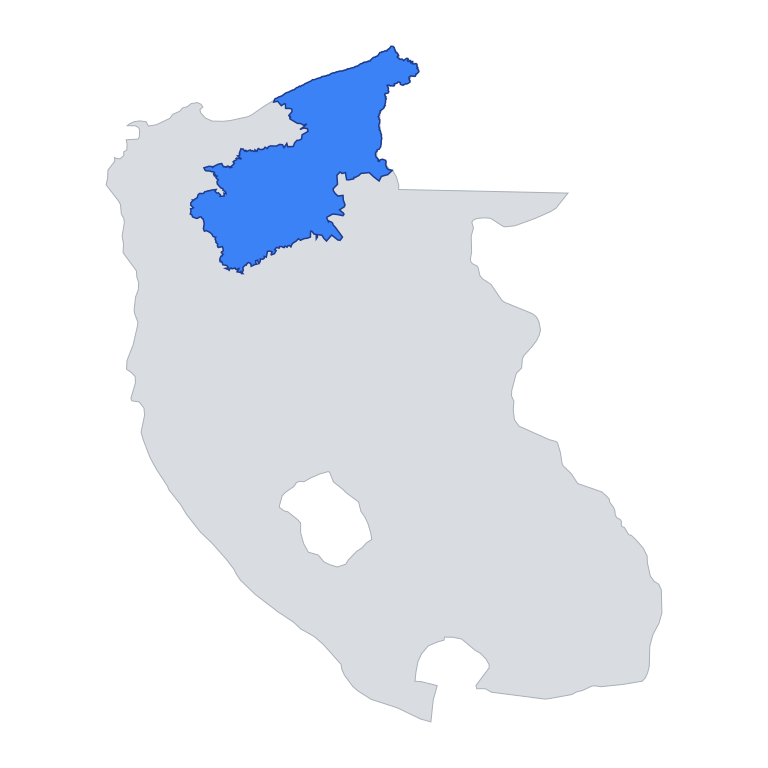 Namakwa, Northern Cape, South Africa (highlighted), rotated 90°
{"feature_id": "47623444B2552562251298", "entity_name": "Namakwa", "entity_type": "district", "adm_level": 2, "iso_a3": "ZAF", "parent_name": "South Africa", "parent_adm1": "Northern Cape", "projection": "albers", "projection_center": [17.588, -30.489], "detail": "fine", "context": "in_parent", "style": "filled", "palette": "blue", "viewbox_px": 768, "rotation_deg": 90, "n_neighbors": 0, "source": "geoboundaries", "source_scale": "gbopen_adm2", "svg_char_len": 9668}
<svg xmlns="http://www.w3.org/2000/svg" viewBox="0 0 768 768"><g transform="rotate(90 384 384)"><path d="M589.7,106.7L612.9,106.1L623.0,108.9L634.8,115.2L646.2,118.2L665.9,118.7L672.6,120.3L677.7,122.6L681.2,125.7L684.5,145.6L686.7,166.9L685.8,173.5L686.1,176.2L690.5,185.6L691.9,191.4L694.5,196.2L698.7,219.2L699.1,223.1L692.2,276.6L688.7,282.7L688.7,291.3L685.4,292.0L667.9,278.9L664.5,278.9L658.8,282.2L653.1,287.9L650.2,293.0L639.0,306.3L637.2,315.4L637.1,323.4L640.2,324.1L641.8,330.0L645.8,339.6L653.7,346.4L661.4,350.0L672.5,352.1L681.3,353.0L681.6,346.9L685.6,330.8L700.1,334.8L721.9,337.1L719.0,347.5L707.9,370.5L699.3,397.0L691.1,409.8L686.7,415.0L675.1,423.6L669.2,426.2L664.5,426.8L644.3,444.8L636.5,453.8L628.9,467.3L622.2,474.4L611.8,490.1L594.2,513.0L579.9,527.8L573.9,531.8L569.9,533.6L559.0,541.9L543.6,555.6L531.7,567.9L514.4,581.5L504.7,587.3L489.8,599.1L485.8,600.7L469.4,611.5L457.7,617.9L439.2,625.0L432.0,626.9L415.3,623.4L408.2,624.0L401.9,628.8L400.8,636.2L398.3,637.1L383.1,632.6L376.6,632.8L372.6,636.5L369.3,641.4L360.5,641.0L345.0,634.9L326.6,630.7L322.3,630.1L313.1,633.5L309.9,633.9L296.9,632.4L289.7,629.7L282.7,629.3L277.3,631.1L270.8,631.6L252.8,644.9L243.8,644.5L236.0,645.9L222.3,643.6L218.2,644.3L214.0,646.7L204.6,647.5L200.9,649.5L184.9,661.9L178.4,660.4L170.2,660.1L161.1,653.2L157.5,653.5L158.5,651.5L158.8,647.9L155.6,644.2L151.9,644.3L150.0,641.2L144.5,640.9L139.8,641.7L139.1,629.9L136.9,628.7L131.3,628.4L128.6,628.8L127.3,629.9L125.8,632.6L125.7,640.8L123.8,638.4L121.6,633.5L120.9,628.2L121.7,622.0L126.0,619.6L124.8,611.8L118.3,598.1L114.3,595.2L111.2,588.1L108.0,585.6L106.7,580.7L103.6,576.8L102.6,570.6L104.3,567.0L107.0,565.1L109.8,568.2L113.2,567.0L118.1,562.5L121.1,555.8L121.3,544.9L120.6,538.1L116.8,520.5L115.0,516.5L106.2,503.9L95.9,487.0L82.7,460.5L76.4,444.6L66.7,412.4L58.1,394.3L47.4,377.4L46.1,376.3L47.7,374.2L53.3,370.2L55.8,369.1L57.2,369.6L58.5,368.5L59.8,365.9L60.7,359.9L63.3,353.5L65.6,350.8L70.6,349.0L74.4,351.4L76.1,353.7L76.7,356.7L78.4,358.2L81.1,358.1L83.0,360.0L84.1,363.8L83.9,366.7L82.4,368.4L82.6,370.7L84.5,373.5L86.7,379.8L96.8,383.0L102.6,383.4L108.0,385.0L113.2,387.8L121.6,388.6L133.3,387.2L142.9,388.0L150.5,390.8L156.0,391.3L159.4,389.7L160.9,387.2L160.5,384.0L162.2,381.9L166.0,381.1L169.1,378.7L171.5,374.7L176.9,371.6L185.4,369.2L189.5,369.4L193.1,200.0L208.2,212.0L211.6,217.5L218.7,233.5L225.8,253.3L226.8,262.8L226.4,264.8L218.3,277.4L217.8,283.7L218.5,291.2L220.2,294.9L222.4,296.2L227.9,294.5L236.1,296.8L252.0,296.4L259.8,297.7L261.8,297.1L263.7,295.6L265.9,291.2L267.8,289.8L275.3,288.2L278.7,285.7L284.3,277.1L300.5,266.0L302.4,263.2L313.7,235.5L316.9,231.6L321.5,229.1L330.3,227.5L335.4,228.9L340.8,231.6L346.8,236.1L355.7,244.2L358.8,245.6L368.1,246.4L373.5,251.8L390.7,256.3L395.8,256.5L401.4,254.1L410.3,254.8L420.0,253.5L426.2,248.9L439.6,219.0L441.4,212.3L442.8,210.5L452.2,207.7L463.6,205.9L466.0,204.7L473.7,196.7L483.5,190.3L491.9,166.3L496.6,160.9L499.4,158.6L501.0,158.7L503.5,157.4L506.9,154.7L510.7,153.1L515.0,152.8L517.9,151.0L519.4,147.9L521.7,146.5L524.8,146.8L526.7,145.9L527.3,143.8L534.8,139.2L535.1,137.0L539.6,132.2L548.1,124.8L555.9,120.9L562.9,120.6L576.0,117.7L581.0,114.2L584.4,109.2L589.7,106.7ZM532.8,467.4L543.8,464.3L552.2,459.6L555.0,449.8L561.7,444.2L564.5,438.7L567.0,431.0L564.3,422.4L559.6,419.4L551.3,411.3L547.9,406.1L542.8,401.5L539.5,396.3L533.1,397.2L523.1,400.2L516.7,403.3L511.3,407.1L502.0,409.4L492.4,422.2L489.4,425.1L482.0,434.5L472.0,438.5L471.7,440.3L474.1,448.7L477.8,457.1L481.8,464.1L481.3,468.2L482.5,471.5L486.4,474.0L492.6,482.9L495.8,485.8L506.1,488.7L507.7,488.3L511.0,483.7L511.7,480.3L519.7,470.3L523.1,467.4L532.8,467.4Z" fill="#d9dde1" stroke="#a8b0b8" stroke-width="1"/><path d="M202.9,577.2L205.2,577.3L207.7,574.6L208.9,576.7L208.8,577.4L211.1,577.0L214.2,577.7L214.8,576.2L216.9,575.4L218.3,571.9L218.3,570.4L216.9,568.1L216.8,567.0L218.1,566.2L219.0,564.8L223.6,563.8L228.7,564.6L231.2,563.6L230.6,561.8L232.4,558.1L234.3,556.0L236.3,555.0L237.2,553.3L237.2,552.2L239.2,552.9L241.4,551.9L242.2,552.2L244.1,550.3L245.8,550.6L247.0,550.2L247.5,549.6L246.6,545.6L249.4,544.8L250.9,544.8L252.0,546.5L252.6,546.7L254.4,544.8L254.8,545.7L255.9,545.9L256.1,547.0L259.0,548.2L260.8,548.1L261.1,547.3L261.7,547.7L262.2,545.9L264.7,545.2L265.6,541.0L267.7,539.6L268.4,542.6L269.7,539.5L270.3,538.9L268.7,538.0L268.0,536.7L268.8,535.9L268.0,533.0L269.2,532.4L269.3,531.3L268.5,529.1L269.9,529.6L270.5,530.6L271.8,531.0L272.4,527.7L271.7,527.2L273.6,526.5L273.6,525.1L272.7,525.9L270.1,524.7L267.5,525.2L265.1,522.8L265.1,521.7L263.5,521.0L262.4,519.2L263.9,517.2L266.3,516.8L264.5,513.1L264.2,511.2L262.9,512.1L260.7,512.3L260.2,510.4L263.5,509.5L263.7,509.1L261.5,507.8L258.9,507.6L259.3,505.6L259.0,504.7L258.3,503.8L256.4,503.8L257.1,501.7L251.3,500.5L251.1,498.1L251.7,496.0L254.5,496.9L254.9,496.7L253.7,493.6L250.5,491.8L249.7,493.4L247.4,491.5L248.2,489.0L246.5,488.5L246.6,486.2L247.4,484.9L247.5,483.7L246.7,483.7L246.1,483.0L247.2,480.9L246.1,480.5L245.4,478.8L246.9,477.1L244.5,476.2L242.9,474.8L241.2,471.9L238.7,469.6L240.3,467.5L238.7,464.2L238.2,460.7L237.1,457.6L231.2,457.4L231.3,456.1L234.1,454.0L234.4,451.8L238.8,451.7L236.9,450.5L234.6,451.0L235.2,446.1L238.4,444.1L241.0,441.5L235.1,436.3L240.0,430.1L240.3,427.9L237.1,425.5L227.5,432.5L224.9,434.9L223.3,435.3L222.2,436.4L221.0,439.1L221.8,439.6L217.8,441.3L217.1,441.0L214.0,435.2L214.6,430.1L215.7,425.1L214.3,424.0L213.0,424.7L209.9,428.5L206.7,423.6L204.7,423.0L200.1,424.7L195.4,425.0L196.0,430.2L193.1,433.1L190.8,434.6L188.7,434.8L184.3,430.5L175.3,431.1L172.0,427.9L173.5,425.9L172.6,422.6L179.7,421.4L179.9,419.5L178.9,414.3L177.4,414.1L177.5,413.0L175.6,409.3L173.4,407.0L172.6,398.8L176.9,394.2L181.0,388.9L176.4,386.6L174.6,380.2L170.3,375.7L169.5,379.6L168.5,380.8L165.9,382.1L163.7,382.4L161.8,381.9L160.4,382.3L159.2,385.6L159.8,387.6L160.3,388.3L161.2,388.6L161.4,389.4L160.9,390.0L159.3,389.7L157.4,391.7L155.7,392.4L153.4,392.5L152.3,392.2L151.1,390.9L149.8,390.8L149.2,388.9L146.9,387.4L143.6,386.8L140.5,386.8L138.6,386.2L136.9,386.6L134.4,386.6L133.5,387.2L130.8,387.7L129.7,388.8L128.1,388.5L126.1,389.3L123.8,388.9L123.2,388.3L119.7,388.2L119.2,389.0L117.9,388.9L116.6,389.9L115.5,389.0L114.2,388.9L112.4,387.8L110.9,387.9L108.7,384.9L107.5,383.8L106.4,383.9L105.7,382.8L105.3,383.2L101.8,382.4L100.2,382.5L98.9,381.7L98.1,382.6L97.0,381.9L96.0,382.9L94.7,383.3L93.5,382.7L93.2,380.5L92.8,379.6L91.5,379.2L90.5,379.9L88.4,379.5L85.5,380.9L85.1,380.5L85.3,378.5L85.8,377.6L86.0,374.1L85.2,373.5L83.9,373.8L83.3,371.1L82.3,370.4L82.0,369.5L82.6,367.8L84.1,367.7L84.5,367.3L85.3,365.0L83.7,362.4L84.0,361.2L82.6,358.7L82.0,358.0L81.0,357.9L79.7,358.9L78.8,358.5L77.8,359.1L77.1,359.0L75.8,357.0L76.4,353.5L76.2,352.6L74.0,351.9L73.5,350.7L71.7,349.1L69.2,350.0L68.4,351.1L67.3,350.3L66.5,351.1L64.3,351.0L63.5,352.1L63.9,353.1L63.8,355.6L63.1,356.0L62.1,355.3L61.5,355.3L61.5,356.1L62.5,357.4L60.7,357.5L60.4,357.9L61.3,359.0L61.3,360.1L60.4,360.4L59.3,359.6L58.4,360.3L58.4,361.6L60.6,364.4L59.0,366.0L59.4,368.0L59.1,368.6L58.3,369.1L57.3,370.7L56.3,370.6L55.9,369.4L55.1,369.5L53.1,370.8L52.1,372.4L47.4,373.9L46.4,375.1L46.3,377.0L48.7,378.7L49.7,380.3L51.1,381.3L50.8,382.9L51.7,384.7L51.7,386.0L52.3,386.4L52.5,388.1L56.0,390.4L56.6,392.3L57.3,392.9L57.2,394.0L58.4,395.8L61.2,398.1L61.1,398.9L62.3,402.4L62.1,403.6L62.7,405.0L63.3,405.2L63.8,407.5L66.1,410.4L66.5,412.7L67.5,414.0L68.1,417.0L69.0,419.4L68.7,420.2L70.1,422.3L70.2,423.8L71.0,425.6L71.1,428.7L72.0,431.0L71.8,431.4L73.0,433.9L72.8,434.6L73.5,436.8L75.2,439.2L75.2,440.5L76.0,442.1L76.6,446.2L77.8,447.6L78.3,450.3L79.6,453.2L79.7,455.4L81.2,457.4L83.7,463.0L85.1,464.7L85.3,465.9L86.5,467.5L86.1,468.6L87.3,470.0L87.7,471.5L89.8,473.9L90.2,475.8L91.9,479.0L93.0,482.3L96.1,486.3L96.9,489.2L98.2,491.2L98.5,492.4L99.0,493.2L102.1,494.3L101.2,490.4L105.7,486.7L103.8,483.8L103.9,482.6L108.4,482.4L108.5,477.8L108.9,476.5L111.0,475.9L111.9,476.2L115.4,479.2L116.8,478.4L116.4,477.7L117.1,477.4L118.7,478.2L119.1,477.8L123.4,470.5L123.5,467.4L125.2,464.4L123.9,461.3L126.4,463.7L129.5,468.1L128.0,464.2L128.7,460.6L131.4,460.0L134.8,465.9L138.9,466.4L140.3,469.1L140.3,471.0L142.9,473.4L146.5,474.7L146.7,480.3L143.4,481.2L147.6,484.0L144.7,485.5L144.4,488.4L146.1,491.7L145.9,497.4L146.7,499.6L148.6,500.6L147.2,502.9L149.2,504.5L149.2,505.7L149.7,506.1L149.4,508.0L148.2,510.2L148.8,509.8L149.6,510.5L151.3,510.9L149.9,513.0L151.3,513.0L151.4,514.2L150.6,515.4L151.0,516.2L150.7,517.3L150.0,517.5L150.4,519.2L151.5,521.2L151.4,521.8L150.4,521.9L150.4,522.6L151.2,523.2L148.9,525.0L149.1,526.2L148.7,527.0L153.3,528.7L153.8,528.1L154.5,528.6L155.5,528.4L155.9,530.4L159.1,526.5L158.0,531.3L158.5,531.9L159.0,531.2L160.3,532.2L160.6,533.5L161.8,534.9L162.5,534.6L163.1,533.6L164.3,534.4L165.9,536.3L166.6,536.5L166.7,538.6L167.5,537.0L167.7,538.3L166.1,539.7L166.3,540.7L166.6,540.5L167.1,541.3L166.8,542.1L167.2,542.5L166.5,543.9L166.7,544.6L163.5,546.3L164.2,549.8L166.7,554.9L167.1,554.8L167.5,555.4L166.6,556.0L166.3,559.1L167.8,564.1L170.1,563.0L170.8,562.1L171.0,558.2L171.8,556.3L171.6,554.8L172.9,553.4L173.9,554.5L175.9,553.6L175.0,552.5L175.9,552.1L176.2,551.0L177.2,552.2L178.7,551.4L179.4,549.9L180.6,550.1L181.5,551.0L184.0,550.7L188.0,547.1L188.7,545.1L190.4,545.0L191.1,543.2L191.9,542.4L193.7,542.0L193.1,544.0L196.0,543.9L196.4,547.9L195.0,547.5L192.8,549.7L193.1,551.1L191.5,552.9L189.5,551.8L190.1,556.7L191.0,559.2L190.7,559.8L191.5,561.7L191.7,563.2L193.2,564.4L193.6,565.2L193.4,568.3L194.5,569.8L197.7,570.8L199.2,573.3L199.8,573.6L200.0,575.7L200.7,575.3L202.9,577.2Z" fill="#3b82f6" stroke="#1e3a8a" stroke-width="1.5"/></g></svg>